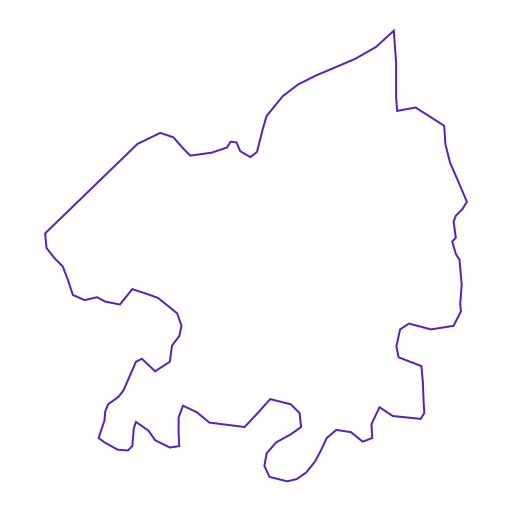 the district of Yeoncheon-gun, Gyeonggi, South Korea
{"feature_id": "91817680B98224083425041", "entity_name": "Yeoncheon-gun", "entity_type": "district", "adm_level": 2, "iso_a3": "KOR", "parent_name": "South Korea", "parent_adm1": "Gyeonggi", "projection": "mercator", "projection_center": [126.988, 38.108], "detail": "fine", "context": "isolated", "style": "outline", "palette": "violet", "viewbox_px": 512, "rotation_deg": 0, "n_neighbors": 0, "source": "geoboundaries", "source_scale": "gbopen_adm2", "svg_char_len": 1572}
<svg xmlns="http://www.w3.org/2000/svg" viewBox="0 0 512 512"><path d="M393.8,30.7L375.9,47.0L355.3,58.8L315.7,75.6L298.1,84.4L282.7,96.2L266.6,116.0L262.9,128.5L257.0,151.9L250.4,157.1L240.2,151.2L236.5,142.4L230.6,141.7L227.0,147.5L211.6,152.7L190.3,155.6L183.0,148.3L173.4,137.3L160.2,132.9L137.5,143.9L45.1,233.4L46.5,248.0L54.6,258.3L62.7,266.4L67.8,279.6L72.9,295.0L84.7,300.1L97.1,297.2L105.2,301.6L119.9,304.5L132.3,289.1L150.0,295.0L158.0,297.9L177.1,313.3L181.5,325.8L179.3,336.0L172.0,345.6L169.8,361.7L155.1,371.3L141.9,358.8L136.0,361.7L123.5,390.3L118.4,396.9L108.1,404.3L105.2,411.6L104.5,420.4L98.6,438.0L104.5,442.4L117.7,449.7L122.8,450.1L127.9,450.5L132.3,446.1L133.8,428.5L136.0,421.9L148.5,430.7L155.1,440.2L169.8,447.5L179.3,446.1L178.6,432.9L178.6,417.5L183.0,405.7L196.9,412.3L209.4,422.6L244.6,427.0L257.0,413.8L270.2,399.1L290.8,404.3L299.6,413.1L301.1,427.0L290.8,434.3L276.1,442.4L266.6,453.4L264.4,465.9L267.1,471.7L269.5,476.9L287.1,481.3L290.2,480.6L296.7,479.1L306.2,472.5L315.0,461.5L320.9,450.5L326.7,438.0L336.3,429.9L350.9,432.1L362.7,441.7L372.2,438.0L371.5,424.1L379.5,407.2L392.7,416.0L420.6,418.9L424.3,413.1L423.6,401.3L422.8,381.5L421.4,366.1L398.6,357.3L396.4,346.3L400.1,329.4L408.9,323.6L419.9,326.5L430.9,329.4L453.6,325.8L461.0,311.1L460.2,303.8L461.7,284.7L459.5,259.8L455.8,253.9L452.2,241.4L455.8,237.8L453.6,221.6L455.8,215.7L462.4,209.1L466.9,201.8L458.0,180.9L450.0,162.5L445.4,144.2L444.2,125.8L415.6,107.5L397.2,110.9L396.1,97.2L396.1,84.6L396.1,62.8L393.8,30.7Z" fill="none" stroke="#5b21b6" stroke-width="2"/></svg>